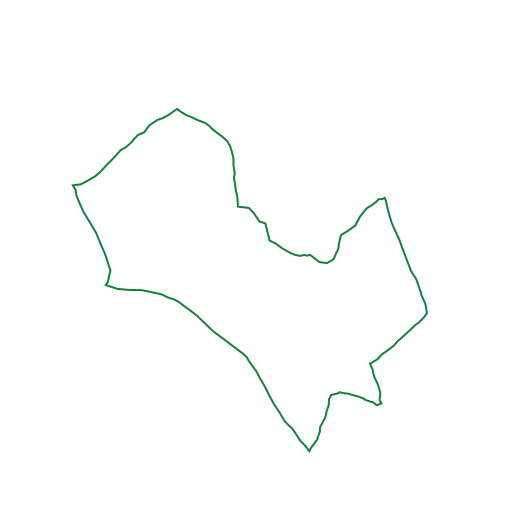 Etsako West, Edo, Nigeria (Natural Earth projection), rotated 307°
{"feature_id": "59680162B35912483761792", "entity_name": "Etsako West", "entity_type": "district", "adm_level": 2, "iso_a3": "NGA", "parent_name": "Nigeria", "parent_adm1": "Edo", "projection": "natural_earth1", "projection_center": [6.315, 7.0], "detail": "fine", "context": "isolated", "style": "outline", "palette": "green", "viewbox_px": 512, "rotation_deg": 307, "n_neighbors": 0, "source": "geoboundaries", "source_scale": "gbopen_adm2", "svg_char_len": 2409}
<svg xmlns="http://www.w3.org/2000/svg" viewBox="0 0 512 512"><g transform="rotate(307 256 256)"><path d="M197.5,404.7L198.9,408.0L200.3,410.5L200.7,411.1L201.7,413.0L203.9,418.9L205.3,422.2L206.8,427.3L206.8,429.8L208.2,434.0L209.6,437.3L209.6,442.3L212.6,444.1L213.9,444.8L215.3,441.4L218.4,439.6L221.0,438.0L224.5,433.8L227.4,429.5L230.9,422.8L235.9,416.9L237.3,414.3L238.7,411.8L246.5,415.1L253.6,415.8L260.7,418.3L267.1,419.9L274.2,420.6L282.0,422.2L282.4,422.3L282.5,422.3L290.6,423.8L296.3,424.6L298.2,425.2L301.2,426.2L307.6,427.0L309.8,427.0L313.3,426.9L319.7,420.1L323.9,412.5L327.5,407.5L333.8,398.2L337.3,388.9L343.7,378.7L350.1,368.6L355.0,361.0L357.9,355.9L361.4,349.2L364.9,343.3L371.3,334.8L375.5,329.7L378.4,326.3L379.8,323.8L377.2,322.4L375.3,319.8L371.1,319.3L365.2,317.5L360.6,315.7L350.4,315.3L340.0,317.0L330.7,314.0L323.8,311.3L316.4,314.5L311.5,317.3L299.9,319.9L293.1,317.0L289.3,310.4L289.5,298.8L287.0,296.4L286.1,294.3L282.4,290.8L280.5,286.6L279.1,281.6L277.9,272.4L277.8,264.1L276.5,257.5L287.7,243.9L285.6,237.9L288.7,229.3L290.1,221.5L284.6,211.9L292.8,204.7L297.0,199.6L297.5,199.2L301.3,195.4L305.5,191.1L309.1,189.4L314.8,183.5L317.3,181.6L320.4,179.2L324.7,174.1L328.2,169.1L330.3,164.0L331.0,158.1L331.0,149.8L331.0,145.5L331.7,140.5L331.7,138.2L331.7,136.4L331.7,135.4L329.5,127.9L328.1,121.2L326.6,115.4L325.9,108.6L325.9,104.5L320.9,102.8L315.9,101.2L310.3,98.7L305.3,95.4L298.5,93.0L296.0,92.2L287.5,92.3L281.8,89.0L276.1,88.2L272.6,88.2L264.8,86.7L259.1,84.2L249.9,83.5L244.2,82.7L238.5,81.9L230.0,81.2L228.7,80.9L227.8,80.7L226.5,80.4L222.9,79.6L215.0,76.3L207.9,73.0L202.2,67.2L200.1,72.3L196.6,75.7L193.0,81.6L187.4,91.7L181.0,107.7L178.2,114.5L171.2,126.3L168.9,130.4L166.9,133.9L157.0,148.3L145.7,153.4L142.4,153.5L146.4,165.2L148.5,168.5L152.1,174.4L152.5,175.0L155.7,179.4L159.9,185.2L163.5,192.7L168.5,203.6L169.8,210.3L170.0,211.1L172.1,216.9L172.8,222.0L172.8,231.5L172.9,236.2L172.9,244.6L170.1,266.5L170.2,304.3L169.5,310.1L168.1,312.7L166.0,319.4L163.9,326.2L160.4,333.5L160.3,333.8L159.2,336.4L159.1,336.7L156.8,342.2L152.6,350.6L148.3,359.9L145.5,368.3L141.3,378.5L140.6,382.7L139.9,389.4L137.8,395.3L135.0,402.9L134.3,408.7L132.2,416.1L135.7,415.4L142.1,415.4L146.4,415.3L148.5,414.5L154.2,412.7L157.7,410.2L169.1,408.4L174.7,405.8L180.4,404.0L185.4,400.6L190.3,399.7L195.3,403.9L197.5,404.7Z" fill="none" stroke="#15803d" stroke-width="2"/></g></svg>